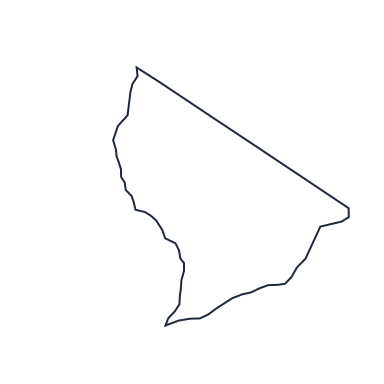 the district of São José da Coroa Grande, Pernambuco, Brazil, rotated 49°
{"feature_id": "56859067B47243244758303", "entity_name": "São José da Coroa Grande", "entity_type": "district", "adm_level": 2, "iso_a3": "BRA", "parent_name": "Brazil", "parent_adm1": "Pernambuco", "projection": "equal_earth", "projection_center": [-35.181, -8.871], "detail": "fine", "context": "isolated", "style": "outline", "palette": "slate", "viewbox_px": 384, "rotation_deg": 49, "n_neighbors": 0, "source": "geoboundaries", "source_scale": "gbopen_adm2", "svg_char_len": 850}
<svg xmlns="http://www.w3.org/2000/svg" viewBox="0 0 384 384"><g transform="rotate(49 192 192)"><path d="M312.5,98.4L313.8,90.2L307.0,84.4L196.7,114.5L148.6,127.8L87.8,144.4L61.7,152.1L68.8,157.1L71.5,166.2L76.4,173.2L91.8,190.2L93.6,204.6L101.1,217.5L110.3,221.7L115.4,225.4L121.6,227.8L128.3,230.7L134.2,235.7L140.6,236.5L147.1,240.7L155.3,240.2L161.4,242.6L168.3,246.3L176.3,240.6L183.0,238.6L190.0,237.7L201.4,239.4L209.4,242.6L220.0,238.1L227.8,240.2L234.5,244.4L240.4,244.7L246.2,249.7L251.7,257.9L258.2,264.5L263.1,270.0L268.4,275.0L270.8,283.2L271.7,292.7L275.4,299.6L280.3,286.4L286.4,276.5L292.5,269.1L295.0,260.5L295.9,249.7L297.2,240.7L298.6,231.2L302.4,220.7L306.4,213.7L309.1,203.8L312.3,195.6L318.7,187.7L322.3,181.9L321.5,172.8L317.8,162.5L316.8,150.1L302.3,117.8L312.5,98.4Z" fill="none" stroke="#1e293b" stroke-width="2"/></g></svg>